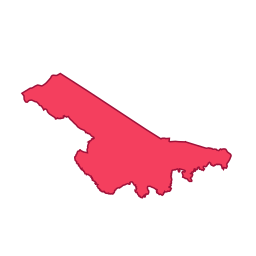 outline of Qibing, Mafeteng, Lesotho, rotated 145°
{"feature_id": "5366337B9328437172826", "entity_name": "Qibing", "entity_type": "district", "adm_level": 2, "iso_a3": "LSO", "parent_name": "Lesotho", "parent_adm1": "Mafeteng", "projection": "robinson", "projection_center": [27.156, -29.771], "detail": "fine", "context": "isolated", "style": "filled", "palette": "rose", "viewbox_px": 256, "rotation_deg": 145, "n_neighbors": 0, "source": "geoboundaries", "source_scale": "gbopen_adm2", "svg_char_len": 5736}
<svg xmlns="http://www.w3.org/2000/svg" viewBox="0 0 256 256"><g transform="rotate(145 128 128)"><path d="M195.0,217.3L194.8,214.0L196.6,211.1L196.9,209.5L196.9,208.2L196.6,207.6L195.6,206.9L193.8,207.3L193.0,207.2L191.2,206.4L190.4,205.4L188.9,202.7L187.9,201.9L187.3,198.9L187.5,197.8L187.2,196.9L186.3,195.8L186.4,194.3L186.3,193.6L186.7,191.1L185.1,191.3L184.6,190.7L184.2,189.9L184.1,189.0L184.6,187.4L184.3,184.6L182.0,178.8L181.9,177.9L182.2,177.0L181.7,176.7L181.3,177.0L180.2,176.3L179.9,176.5L179.3,175.4L178.7,175.1L178.4,174.7L177.8,174.4L177.5,174.6L177.0,174.1L175.1,173.3L174.8,173.3L174.4,173.8L174.2,174.8L173.2,174.7L173.3,174.0L172.3,173.0L172.2,172.3L170.3,171.7L170.3,168.3L169.7,165.8L169.2,162.4L168.7,160.7L168.5,157.7L167.3,154.5L165.2,151.3L164.9,149.5L165.3,148.6L165.2,148.3L164.6,148.2L164.1,147.0L164.2,146.8L163.4,146.1L163.3,145.6L162.7,144.8L162.5,142.5L162.2,141.7L161.7,141.1L161.8,140.1L161.4,139.9L161.6,139.1L161.9,139.0L162.7,139.0L163.2,139.6L163.8,139.4L163.9,139.6L164.3,139.4L164.4,139.6L164.8,139.2L165.9,139.0L166.4,139.3L166.9,139.1L167.3,139.4L168.7,139.4L168.1,138.4L170.0,137.5L171.7,136.0L172.0,135.1L173.9,133.8L175.4,131.0L178.1,133.8L179.5,136.3L179.7,137.5L180.2,137.7L181.4,137.2L182.3,137.7L183.4,137.3L184.7,136.2L185.7,136.0L186.8,135.0L188.2,134.8L188.7,134.1L189.8,131.8L189.4,129.8L190.2,128.9L189.9,128.1L190.0,127.7L189.4,127.4L189.3,127.0L189.8,126.1L189.5,125.7L190.1,125.3L189.7,124.6L190.0,122.3L189.7,122.1L189.4,121.4L189.9,121.1L190.0,120.9L189.6,120.5L189.2,120.7L189.6,119.7L189.0,119.2L188.9,118.6L189.2,118.0L188.9,117.5L189.4,115.1L188.4,114.2L188.3,113.9L188.6,113.5L187.3,113.0L186.7,110.8L185.8,109.7L185.8,109.4L186.5,109.0L185.9,108.0L186.0,107.6L186.4,107.8L186.6,107.5L186.5,107.0L186.2,106.7L186.3,106.2L186.8,106.2L187.1,106.0L187.0,105.4L186.7,105.1L186.1,103.6L185.8,103.3L185.8,102.5L185.6,102.0L185.9,101.7L186.7,101.7L186.7,101.2L185.8,101.1L186.0,100.6L186.3,100.7L186.6,100.4L185.7,99.9L185.7,99.2L185.3,98.9L186.7,98.2L186.6,97.4L186.9,95.4L186.2,94.7L186.7,93.4L186.1,93.0L186.5,92.3L185.8,91.2L185.8,90.6L185.5,90.4L185.2,90.5L183.9,89.8L183.9,89.5L184.3,89.1L183.7,88.4L183.9,87.9L183.7,87.5L182.4,86.2L181.4,85.8L181.5,85.0L181.3,84.8L180.5,84.7L180.2,84.0L179.3,83.7L178.9,83.0L177.7,82.6L177.4,82.7L177.4,83.1L176.1,83.2L175.4,83.7L174.7,84.6L173.7,84.3L172.8,84.8L171.2,84.9L169.4,84.2L169.2,83.7L168.4,83.9L167.2,83.7L164.9,83.9L163.1,83.2L161.9,83.1L160.4,82.7L159.9,82.4L159.4,81.3L158.9,81.0L158.5,81.0L158.1,81.3L158.1,82.0L157.9,82.2L157.1,82.3L156.0,81.9L155.4,81.1L155.6,77.8L155.3,77.3L154.6,77.0L155.3,76.1L154.9,74.9L155.9,74.4L155.6,73.6L156.2,73.0L157.1,72.5L157.9,73.1L158.4,72.1L158.3,71.4L158.4,70.6L157.5,70.0L157.8,69.6L157.7,69.3L158.0,67.9L157.8,66.5L158.1,66.2L158.1,65.9L157.2,65.0L157.3,64.6L157.6,64.4L157.2,63.6L156.2,62.6L155.5,63.2L154.5,63.2L154.3,62.2L153.3,61.8L153.0,62.5L153.4,63.6L153.1,63.7L152.6,63.2L151.9,62.9L151.6,63.0L151.0,63.6L149.7,62.4L149.2,62.5L148.1,63.2L147.1,64.6L147.2,66.1L146.5,67.8L145.4,68.8L144.9,68.6L143.8,67.9L143.0,67.2L142.7,66.3L141.3,64.3L140.5,62.4L140.4,61.6L140.1,61.6L139.7,61.1L139.6,60.6L140.9,59.8L140.7,59.3L141.5,58.6L141.3,58.3L141.2,57.7L140.8,57.4L140.6,56.6L140.6,55.7L140.0,55.3L139.2,55.1L138.6,53.3L137.2,53.3L136.4,54.2L135.8,54.5L135.3,54.1L134.5,54.9L134.4,54.3L133.8,54.2L132.8,53.4L131.6,53.5L130.9,52.7L130.2,52.4L129.0,52.5L128.5,53.2L128.2,53.1L127.8,53.4L127.3,53.5L127.2,54.2L127.5,54.9L128.4,55.8L128.2,56.2L127.8,56.3L126.6,55.9L125.5,56.4L125.4,56.8L125.8,57.1L125.6,57.6L125.2,57.9L124.2,57.8L123.7,58.4L123.7,59.1L123.2,59.2L122.7,60.0L122.0,60.2L121.4,61.2L121.5,61.7L121.0,62.2L121.0,62.9L120.6,63.8L119.9,63.9L119.8,64.7L118.6,65.4L118.6,66.2L117.8,66.3L116.4,67.8L115.9,68.0L114.3,67.2L113.8,67.2L113.4,66.6L113.1,66.7L111.0,66.1L110.8,65.6L111.6,63.2L111.4,62.7L110.8,62.7L110.0,63.2L109.8,64.9L109.2,65.0L107.1,62.5L105.8,60.7L105.7,60.3L106.0,59.8L106.7,59.5L107.3,59.8L107.7,60.5L108.2,60.9L108.6,60.9L109.3,60.6L110.1,57.7L111.4,56.4L110.2,54.7L110.1,53.8L109.5,53.4L108.6,52.1L108.7,50.1L108.0,48.7L106.9,48.2L106.5,47.8L105.9,48.2L105.5,50.0L105.7,50.8L105.5,51.2L104.5,51.6L103.8,51.3L103.4,51.5L102.7,52.1L102.1,52.3L101.5,53.2L101.5,53.7L102.6,54.3L102.7,54.8L101.4,54.6L101.1,55.1L100.7,55.2L99.8,54.5L98.6,55.4L98.3,55.4L98.0,54.2L97.7,54.1L97.4,54.4L97.7,55.4L97.7,56.0L97.4,56.4L97.1,56.4L96.8,56.3L96.0,54.7L95.6,54.4L95.1,54.4L94.1,55.4L92.9,55.6L92.4,55.3L92.2,54.9L93.1,54.0L93.1,53.2L92.3,52.7L91.7,51.3L91.1,51.2L90.6,50.0L88.9,50.6L89.1,51.4L89.0,52.3L88.7,52.8L88.2,53.2L87.2,52.6L87.1,52.2L86.5,51.7L85.1,51.8L84.1,52.4L83.0,52.5L82.4,53.1L80.9,53.1L80.9,52.6L80.5,51.6L81.0,51.4L81.1,51.0L80.9,49.6L80.4,49.3L80.0,48.0L79.2,47.6L78.4,48.0L77.5,47.4L76.7,47.6L75.9,47.3L75.5,46.9L75.4,46.4L74.7,46.3L74.3,46.1L74.0,45.6L73.6,45.5L73.1,44.2L72.8,44.1L73.6,42.0L73.2,41.3L73.9,40.8L73.4,40.1L73.5,39.4L72.8,39.8L72.2,40.6L71.0,39.5L70.8,38.9L70.4,38.7L68.6,39.8L68.2,41.1L67.4,42.1L65.2,42.8L62.8,43.9L59.6,46.0L59.2,46.7L59.1,47.8L60.3,51.3L60.1,54.3L60.6,55.2L62.3,56.4L63.8,56.6L64.0,57.6L64.7,57.8L66.3,57.4L66.8,57.6L67.9,59.1L67.9,59.9L68.4,60.3L69.0,61.0L69.9,61.4L70.5,61.8L71.0,62.5L71.0,63.1L71.8,63.7L72.4,64.6L72.9,64.6L73.3,65.4L75.5,66.5L88.6,83.3L88.7,83.8L89.4,84.0L94.3,87.7L96.9,89.9L101.5,92.7L101.9,93.6L100.0,95.8L103.3,97.8L103.5,98.3L104.5,99.2L105.1,99.3L105.9,100.1L106.6,100.0L107.3,100.3L114.0,116.2L139.7,181.0L152.2,211.5L155.8,211.8L156.8,212.3L158.9,214.1L160.0,214.5L161.3,214.2L162.6,213.4L168.7,211.9L170.3,211.7L173.1,211.7L174.5,211.9L177.3,215.0L178.0,215.2L180.4,215.6L182.9,215.7L184.5,216.1L185.2,216.7L195.0,217.3Z" fill="#f43f5e" stroke="#9f1239" stroke-width="1.5"/></g></svg>